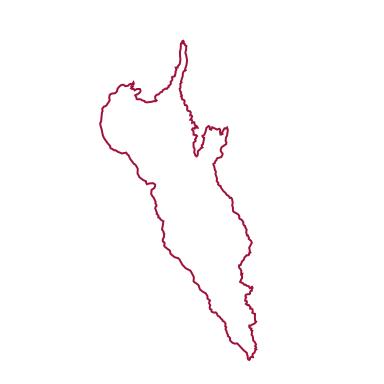 the district of Ponte Alta do Bom Jesus, Tocantins, Brazil, rotated 289°
{"feature_id": "56859067B8976665004263", "entity_name": "Ponte Alta do Bom Jesus", "entity_type": "district", "adm_level": 2, "iso_a3": "BRA", "parent_name": "Brazil", "parent_adm1": "Tocantins", "projection": "albers", "projection_center": [-46.566, -12.067], "detail": "fine", "context": "isolated", "style": "outline", "palette": "rose", "viewbox_px": 384, "rotation_deg": 289, "n_neighbors": 0, "source": "geoboundaries", "source_scale": "gbopen_adm2", "svg_char_len": 6053}
<svg xmlns="http://www.w3.org/2000/svg" viewBox="0 0 384 384"><g transform="rotate(289 192 192)"><path d="M64.1,304.0L64.5,302.8L66.1,303.2L66.9,301.8L68.7,302.2L70.7,300.0L71.6,298.2L74.5,296.9L75.7,296.0L76.4,294.8L78.0,294.6L79.3,294.1L80.4,294.2L80.7,292.8L82.2,292.7L82.2,291.2L83.1,290.0L84.4,289.7L84.6,290.8L85.6,291.5L87.5,293.5L88.9,294.5L90.3,294.9L90.6,293.7L94.3,292.1L97.3,291.3L97.2,289.9L97.5,288.3L99.1,288.2L100.8,287.4L101.1,286.1L100.7,284.9L102.2,284.7L102.8,283.5L103.7,282.4L103.1,281.2L103.7,279.4L105.0,280.0L106.5,279.4L106.5,277.7L108.7,277.3L110.0,277.5L111.0,276.3L112.5,276.5L113.5,277.9L114.0,279.4L114.8,280.0L116.3,279.5L117.5,279.7L118.2,280.7L119.9,280.2L121.1,280.5L121.9,279.6L119.9,278.1L121.4,276.2L121.2,273.9L121.8,272.8L121.3,271.5L122.2,270.3L122.6,266.8L125.6,267.0L126.8,267.4L129.7,266.3L130.8,266.2L130.1,265.3L133.4,264.3L134.4,263.6L135.7,261.4L136.8,260.7L138.0,260.4L138.7,261.7L142.6,261.9L144.8,263.0L147.4,263.0L148.5,263.7L149.9,264.1L150.4,265.7L151.5,266.4L152.8,265.9L153.8,266.9L154.9,265.8L156.4,265.2L157.8,264.2L163.3,265.1L164.6,264.2L165.3,263.2L166.1,260.9L167.5,260.6L168.2,259.7L169.1,259.1L168.8,258.2L171.5,256.4L174.2,255.9L175.9,253.9L177.1,253.4L177.3,252.2L178.5,250.8L179.7,250.6L181.0,249.5L182.1,247.3L182.1,245.9L183.2,244.8L184.4,244.7L185.3,243.8L186.0,242.5L186.9,237.5L188.2,236.6L190.8,235.7L192.3,234.4L195.0,234.0L198.4,232.2L199.3,230.9L198.7,229.6L199.8,228.6L200.4,227.2L200.6,225.8L202.0,224.0L203.1,221.4L204.5,219.4L206.0,217.6L207.0,217.1L206.8,216.0L207.8,214.1L209.1,214.0L210.4,211.8L213.0,211.2L216.7,208.3L218.1,208.2L219.4,207.7L220.1,206.6L223.5,204.6L224.6,203.5L225.7,203.1L226.7,204.1L229.1,204.1L230.0,204.7L231.1,204.6L232.3,205.0L234.5,208.3L237.1,208.7L238.3,208.4L239.8,206.1L240.8,205.5L242.6,205.3L244.1,205.5L248.4,208.7L250.0,208.4L251.0,207.3L253.8,206.5L255.1,206.4L256.5,206.8L262.3,205.7L264.4,204.1L262.9,203.2L262.8,202.0L258.2,201.1L256.8,202.0L256.0,201.2L255.6,200.2L258.0,198.9L260.0,198.4L260.7,197.2L259.2,195.4L259.8,190.1L257.1,189.8L257.3,188.3L259.4,187.5L259.8,186.4L258.7,185.5L257.3,184.8L253.2,185.2L250.1,185.0L248.4,183.6L247.4,184.5L247.2,185.9L240.7,186.8L239.4,186.0L238.2,186.5L237.5,187.4L236.5,186.2L235.1,185.8L232.5,184.3L229.9,185.1L228.4,185.3L227.2,184.8L227.7,183.3L230.4,181.1L233.0,180.7L234.3,179.8L235.3,178.7L239.1,177.4L241.5,178.8L242.8,177.7L244.0,178.3L245.3,178.1L246.5,178.6L247.1,177.8L246.7,174.8L249.7,173.8L251.1,171.7L252.5,172.1L252.8,173.9L254.0,173.7L254.6,176.4L255.6,175.5L256.2,173.1L257.1,172.2L258.6,171.5L258.4,170.5L257.5,169.6L258.9,169.2L260.1,168.3L259.8,166.9L262.3,167.5L263.6,167.5L264.3,166.4L263.9,165.3L266.7,165.0L267.6,164.1L267.5,161.3L268.6,160.4L270.3,160.1L271.8,159.3L272.2,158.1L271.9,157.0L273.6,155.7L275.6,155.5L276.5,154.2L276.3,152.8L277.1,151.8L278.4,151.6L279.0,150.4L280.1,150.9L281.5,149.2L282.7,149.3L283.3,148.2L285.5,146.7L286.5,147.1L287.6,146.9L290.7,145.7L292.2,146.5L292.9,145.6L298.6,145.5L301.3,144.7L303.2,144.8L305.1,146.4L305.7,145.5L310.4,145.4L313.8,144.7L315.6,144.1L319.9,141.7L320.9,140.7L322.3,140.2L324.2,140.2L328.4,139.0L328.4,137.9L329.7,136.7L329.6,135.5L331.2,135.5L332.1,134.5L331.3,133.7L329.9,133.8L328.7,133.2L323.6,134.7L320.7,134.9L315.4,137.0L314.2,137.7L310.4,138.6L308.8,138.7L306.4,137.7L305.1,137.9L304.3,136.1L302.6,137.5L300.4,137.2L299.1,137.8L297.6,137.7L296.6,138.2L295.4,137.6L294.9,136.4L293.9,135.6L292.8,136.5L291.5,136.9L289.0,135.9L288.0,136.6L287.0,136.7L285.7,136.2L284.7,135.3L283.5,135.7L282.5,134.9L281.4,134.7L281.1,133.2L278.6,131.2L277.1,131.2L275.9,129.7L273.3,128.6L272.8,127.4L271.6,126.5L270.2,126.1L268.6,126.8L267.4,127.6L267.0,128.7L265.9,127.9L265.7,126.7L264.2,124.5L262.0,120.1L261.9,118.4L262.6,117.4L262.4,114.7L262.9,113.7L262.7,112.0L261.9,110.6L261.9,109.4L263.2,108.7L264.9,106.8L266.0,107.7L266.5,108.6L268.9,110.2L270.3,110.5L271.5,110.1L272.4,109.2L271.4,106.3L269.5,104.7L270.4,103.4L269.9,102.1L270.2,100.7L272.1,101.6L272.1,100.3L274.3,100.3L274.2,98.8L273.3,97.7L271.5,96.8L270.9,95.5L270.3,94.4L270.9,93.5L271.0,92.3L270.7,91.2L269.8,90.0L267.9,88.9L265.5,88.0L262.8,88.3L261.5,87.8L260.3,87.0L258.9,84.1L257.2,82.6L254.2,83.0L252.1,84.3L249.7,83.9L246.0,82.9L244.9,82.1L244.1,80.9L241.4,80.0L239.4,81.1L237.8,81.0L229.5,83.0L228.4,83.1L227.4,82.7L225.2,83.7L221.9,86.1L216.6,89.2L214.3,91.3L210.5,96.6L208.8,99.7L207.6,100.1L206.8,100.9L206.9,102.0L206.1,104.9L206.6,106.1L205.9,108.7L205.6,113.1L207.8,117.0L206.3,118.9L206.2,119.9L203.3,122.7L202.2,124.2L199.7,127.9L199.5,129.2L198.8,130.4L197.1,132.3L196.2,133.2L191.9,134.4L188.8,137.6L187.4,141.9L187.1,145.0L185.6,145.8L184.7,146.8L186.4,149.2L187.7,152.6L187.0,154.7L185.6,155.2L183.5,155.1L180.9,153.1L176.9,154.0L175.0,156.1L174.3,157.5L170.9,160.8L169.3,161.1L168.3,162.4L167.2,163.0L166.2,162.5L164.6,162.5L160.9,165.6L159.8,165.7L159.4,166.9L158.6,168.0L157.0,168.4L157.1,169.7L156.0,170.9L155.1,173.3L155.1,174.4L152.1,175.1L146.9,175.8L145.4,177.8L143.9,178.6L143.4,179.5L141.9,179.6L140.6,180.2L138.1,179.8L136.9,180.0L135.7,180.7L135.2,182.4L133.8,183.1L132.4,183.0L131.5,183.9L129.9,188.4L129.7,189.6L128.8,190.6L126.7,191.7L126.2,192.8L124.7,196.8L124.9,200.7L124.2,202.1L120.2,206.4L118.2,210.1L117.7,211.6L117.2,215.7L116.4,217.0L112.1,221.5L108.2,222.5L107.5,223.5L107.1,225.6L106.0,228.5L102.4,231.3L101.2,234.7L100.7,238.0L98.6,240.5L96.3,241.3L95.3,244.3L94.0,244.1L92.3,244.4L90.9,246.1L88.6,246.3L87.3,247.0L87.1,248.7L86.1,248.9L85.2,249.6L85.1,252.0L85.9,253.7L85.2,255.0L83.3,256.7L83.1,258.6L82.1,259.9L81.0,262.4L80.1,262.9L79.9,264.6L78.6,266.5L75.7,267.2L75.3,268.4L73.3,268.3L71.4,270.2L70.3,270.7L68.9,272.3L67.6,272.7L67.1,274.2L66.1,275.7L64.8,275.9L63.9,276.6L62.6,279.4L62.5,281.0L62.9,282.8L63.6,284.0L59.0,292.7L57.8,296.1L54.1,298.5L52.9,298.8L51.9,299.9L51.9,300.9L52.9,301.2L54.2,300.9L55.4,301.7L55.7,303.4L57.3,302.4L58.7,302.1L60.4,303.4L63.1,303.3L64.1,304.0ZM274.3,100.3L274.4,101.6L275.5,101.7L276.6,100.9L274.3,100.3Z" fill="none" stroke="#9f1239" stroke-width="2"/></g></svg>